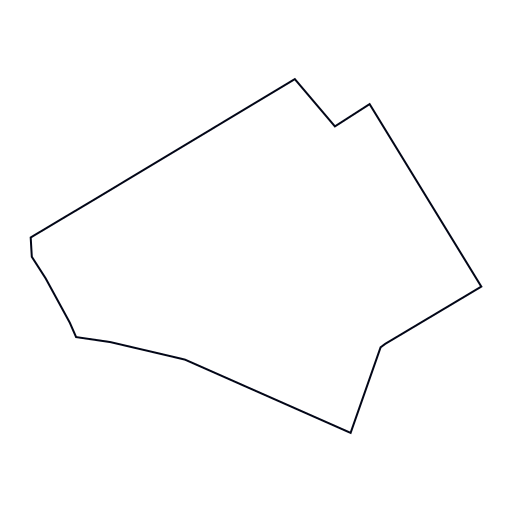 the district of Bell, Texas, United States of America
{"feature_id": "52423323B38294551325831", "entity_name": "Bell", "entity_type": "district", "adm_level": 2, "iso_a3": "USA", "parent_name": "United States of America", "parent_adm1": "Texas", "projection": "orthographic", "projection_center": [-97.615, 31.036], "detail": "fine", "context": "isolated", "style": "outline", "palette": "ink", "viewbox_px": 512, "rotation_deg": 0, "n_neighbors": 0, "source": "geoboundaries", "source_scale": "gbopen_adm2", "svg_char_len": 345}
<svg xmlns="http://www.w3.org/2000/svg" viewBox="0 0 512 512"><path d="M34.3,235.3L30.7,237.5L31.8,256.8L45.6,278.3L69.8,322.7L76.1,337.1L110.4,342.1L184.9,359.6L244.8,386.1L350.6,432.9L380.6,347.3L385.3,343.8L481.3,286.6L369.6,104.1L334.9,126.4L294.8,79.1L89.2,202.6L66.8,215.9L34.3,235.3Z" fill="none" stroke="#020617" stroke-width="2"/></svg>